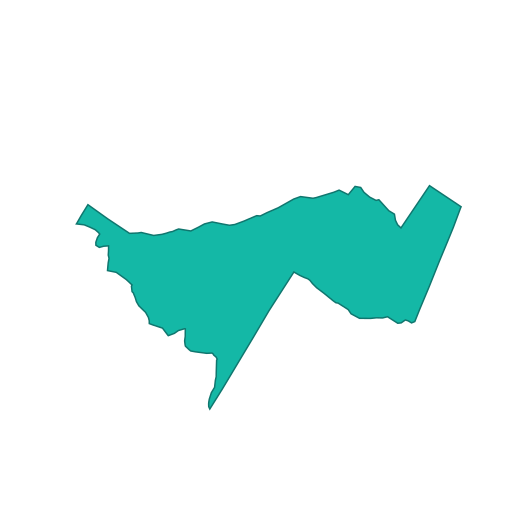 Ingall, Agadez, Niger (Albers equal-area conic projection), rotated 123°
{"feature_id": "23599985B91742674817727", "entity_name": "Ingall", "entity_type": "district", "adm_level": 2, "iso_a3": "NER", "parent_name": "Niger", "parent_adm1": "Agadez", "projection": "albers", "projection_center": [6.528, 17.43], "detail": "fine", "context": "isolated", "style": "filled", "palette": "teal", "viewbox_px": 512, "rotation_deg": 123, "n_neighbors": 0, "source": "geoboundaries", "source_scale": "gbopen_adm2", "svg_char_len": 1951}
<svg xmlns="http://www.w3.org/2000/svg" viewBox="0 0 512 512"><g transform="rotate(123 256 256)"><path d="M263.1,319.9L270.5,324.3L275.5,335.6L277.6,337.2L280.9,339.3L282.8,341.3L285.9,343.8L289.1,346.7L294.5,353.0L298.8,365.1L300.9,367.4L305.9,374.4L305.6,400.6L304.5,424.9L317.5,424.6L326.0,424.1L326.9,424.1L323.4,417.0L322.3,411.0L321.5,405.1L322.1,401.1L322.7,399.0L326.9,399.0L331.7,397.8L334.2,396.1L334.1,392.1L330.7,389.0L327.8,385.2L331.0,383.1L332.5,382.2L335.7,380.4L338.0,378.0L342.3,376.2L349.1,372.6L345.8,364.3L346.4,351.9L347.8,344.2L349.2,344.0L353.4,340.5L353.7,338.9L356.7,334.6L359.4,331.4L361.6,327.1L362.7,321.5L363.4,317.9L366.1,312.8L368.4,310.3L370.8,308.7L369.9,304.6L367.4,295.1L368.0,293.5L370.1,287.7L370.6,286.2L365.3,282.3L360.8,280.5L355.9,276.3L355.6,275.6L359.1,273.4L361.9,271.6L366.1,269.6L369.2,267.0L370.1,266.0L371.0,261.0L371.2,259.0L369.4,254.7L364.5,244.4L361.4,240.1L361.4,238.9L362.1,237.5L362.5,234.4L363.6,232.4L364.8,232.3L370.4,228.9L375.5,225.8L379.0,223.6L382.3,222.4L388.7,219.2L394.9,219.0L401.5,217.2L404.3,216.0L405.8,215.2L408.1,213.6L409.5,211.4L386.0,211.8L366.4,212.5L324.8,214.0L294.9,215.3L248.8,215.5L248.4,208.6L247.7,203.7L246.9,200.2L247.0,197.7L248.4,193.5L249.6,187.8L250.2,179.1L251.5,167.1L251.7,163.6L250.8,161.5L250.7,149.5L252.7,144.8L251.9,135.3L246.0,126.0L242.2,121.3L239.0,116.1L235.3,112.6L235.2,100.5L233.0,97.8L228.3,95.9L227.5,93.0L227.4,89.1L224.5,87.1L212.0,89.6L187.7,94.0L159.9,99.5L139.8,103.2L124.5,106.1L104.3,110.6L103.0,110.8L102.5,148.8L153.5,149.7L152.7,154.2L150.1,158.5L145.5,162.7L145.7,169.3L141.9,183.6L144.0,185.6L144.7,192.7L143.8,200.1L141.5,205.5L143.7,210.8L154.3,212.0L155.5,222.2L160.2,225.5L174.2,237.3L176.5,239.6L181.9,251.0L187.7,255.4L203.4,263.6L213.7,270.4L220.1,274.2L221.8,277.4L228.3,281.8L233.0,284.9L241.1,290.9L244.7,295.0L247.4,301.5L251.3,311.3L257.2,316.7L263.1,319.9Z" fill="#14b8a6" stroke="#0f766e" stroke-width="1.5"/></g></svg>